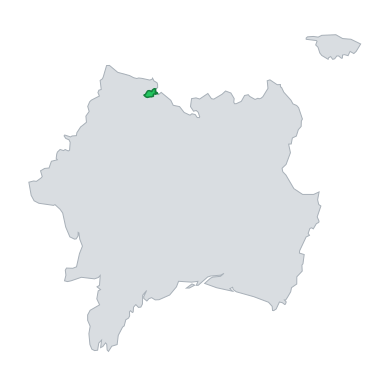 France, with Territoire de Belfort highlighted, rotated 272°
{"feature_id": "FRA-5348", "entity_name": "Territoire de Belfort", "entity_type": "Metropolitan department", "adm_level": 1, "iso_a3": "FRA", "parent_name": "France", "parent_adm1": "", "projection": "albers", "projection_center": [6.973, 47.626], "detail": "fine", "context": "in_parent", "style": "filled", "palette": "green", "viewbox_px": 384, "rotation_deg": 272, "n_neighbors": 0, "source": "natural_earth", "source_scale": "10m", "svg_char_len": 4531}
<svg xmlns="http://www.w3.org/2000/svg" viewBox="0 0 384 384"><g transform="rotate(272 192 192)"><path d="M304.4,148.6L301.7,150.1L300.0,153.2L298.2,153.9L295.1,154.0L293.5,152.1L289.8,153.3L288.2,155.3L290.5,157.7L282.9,167.6L278.0,170.2L276.9,176.6L271.2,181.4L269.0,186.5L268.8,187.5L270.2,189.2L269.5,192.5L266.6,194.6L266.6,196.7L267.4,197.1L271.9,195.4L273.6,193.4L272.8,190.7L277.3,187.5L285.3,188.3L286.2,192.7L285.2,196.4L291.0,204.4L285.9,208.2L285.6,210.6L290.8,218.7L294.1,222.0L292.3,227.4L286.8,230.9L283.2,230.6L281.7,231.5L281.8,233.1L284.3,238.1L290.3,241.2L291.2,244.9L289.6,246.2L286.7,251.8L288.0,254.6L287.5,255.8L288.1,257.7L289.7,259.5L298.2,264.3L305.8,263.3L306.8,266.0L302.2,273.4L302.5,276.6L300.1,276.7L299.7,277.8L294.9,280.3L287.2,287.7L283.6,289.8L282.1,293.6L280.0,295.6L268.8,299.8L266.7,298.8L261.3,298.8L258.0,296.1L251.5,294.3L249.5,290.4L243.5,289.5L243.2,286.9L234.7,289.0L222.9,285.1L218.9,281.2L215.4,282.0L212.2,285.3L198.9,293.7L193.4,302.7L193.8,313.6L196.5,319.0L188.6,317.8L183.9,319.1L182.5,321.3L171.5,318.0L167.2,320.0L166.0,319.7L164.7,317.4L159.4,314.5L160.4,312.7L159.7,311.1L154.7,309.5L152.8,310.9L151.0,307.6L137.0,301.6L134.7,301.5L133.4,306.3L124.1,305.4L122.8,304.4L116.8,304.9L110.9,299.7L103.7,299.9L99.9,294.8L95.7,294.1L90.1,291.1L87.5,289.5L87.3,288.1L85.4,290.0L83.2,289.3L82.8,288.6L84.5,286.2L85.1,283.2L78.0,280.2L76.3,277.8L76.4,276.6L80.5,276.1L84.5,272.3L89.5,257.5L93.8,239.8L95.9,236.6L98.2,235.9L96.7,233.2L94.2,236.2L97.2,219.9L101.1,207.8L106.5,213.5L107.7,215.8L108.7,223.4L111.8,226.8L109.9,223.6L108.7,213.6L107.6,210.6L99.0,201.5L98.9,199.6L102.9,201.0L101.9,194.7L102.3,181.7L96.7,179.8L88.3,173.3L83.2,162.8L82.9,159.0L85.0,155.3L83.9,152.7L81.5,150.7L83.9,147.6L85.7,147.4L92.0,150.1L87.1,146.3L78.4,146.4L75.2,144.9L74.8,142.5L77.5,139.8L74.9,137.6L70.0,137.4L69.5,136.6L71.2,134.6L70.1,133.7L66.0,134.0L63.8,133.0L62.0,130.3L55.8,128.9L54.5,127.3L46.1,123.3L36.9,122.5L35.1,117.2L29.8,114.1L31.2,112.7L36.9,112.1L38.2,110.9L34.5,108.3L33.3,106.1L40.8,106.8L37.8,104.1L30.6,103.2L30.1,100.2L31.4,97.4L36.0,95.3L46.8,93.9L54.3,94.9L60.1,92.2L65.5,92.0L70.2,94.3L76.0,103.6L81.9,100.6L89.9,101.7L91.3,104.0L93.9,100.4L95.5,102.8L105.4,103.2L103.3,101.4L101.8,97.6L102.9,84.4L99.0,74.2L98.1,70.6L98.8,67.7L104.5,68.9L109.4,68.1L111.6,69.2L111.6,75.5L113.2,79.2L126.5,81.7L134.1,84.4L140.9,81.5L147.2,80.4L147.7,79.6L144.2,79.7L141.1,77.9L140.8,76.2L142.9,71.5L152.6,67.0L166.5,63.5L170.2,60.7L174.6,55.5L173.8,54.1L175.4,39.3L177.7,34.5L183.0,31.4L196.1,28.6L197.5,33.4L197.2,36.1L200.5,40.4L202.1,41.8L207.9,39.9L210.4,43.9L211.0,48.3L217.8,50.4L219.5,56.3L220.8,55.1L225.2,55.5L227.2,56.1L229.9,58.7L228.9,62.1L230.0,63.8L228.7,66.9L229.5,68.2L237.5,68.5L239.9,67.2L241.1,64.0L243.6,62.2L244.5,62.8L242.8,68.7L243.8,70.2L244.3,74.5L247.3,74.9L253.1,78.4L258.0,84.1L264.1,83.3L268.9,86.4L273.9,84.8L278.6,86.6L280.3,88.2L284.7,96.1L288.1,94.5L290.5,95.4L291.3,97.7L300.3,96.3L302.0,98.5L303.9,99.3L315.4,102.2L315.6,105.1L309.0,113.6L306.2,125.5L304.2,129.7L303.5,132.8L304.1,134.8L303.8,138.1L302.4,145.8L303.2,148.1L304.4,148.6ZM351.7,307.8L351.2,312.7L353.1,316.2L354.2,330.3L350.6,337.2L350.2,345.5L345.8,355.4L338.3,351.2L336.0,348.9L338.0,345.1L333.7,343.2L334.6,339.5L334.1,337.7L331.1,337.6L330.9,336.6L333.1,333.8L333.0,332.0L330.1,329.9L329.5,328.0L332.2,325.8L330.9,323.8L329.4,323.4L333.0,316.9L335.4,314.9L341.0,312.9L343.3,310.5L347.0,311.7L347.7,311.0L348.6,300.8L349.8,300.7L351.1,302.0L351.7,307.8ZM100.1,195.2L99.0,198.0L95.9,192.6L95.8,189.8L100.1,195.2Z" fill="#d9dde1" stroke="#a8b0b8" stroke-width="1"/><path d="M291.7,152.0L291.1,152.0L290.9,151.8L290.7,151.7L290.5,151.8L290.3,152.0L289.9,152.1L289.9,152.5L290.2,152.9L290.3,153.3L290.1,153.6L289.8,153.9L289.4,154.1L289.1,154.2L289.0,153.4L288.5,152.2L288.5,151.8L288.7,151.0L288.6,150.6L288.4,150.2L288.1,150.0L287.6,150.0L287.0,150.1L286.5,150.1L286.1,149.6L286.2,149.2L286.1,148.9L285.9,148.7L285.7,148.2L285.7,146.9L285.6,146.5L285.1,144.5L285.0,144.2L285.2,143.2L285.6,142.3L286.8,140.9L286.9,141.0L287.5,141.0L287.5,141.6L287.7,141.8L287.8,142.0L291.0,143.8L291.4,144.2L291.6,144.5L291.7,144.9L291.8,145.7L291.8,145.9L291.8,146.1L291.7,146.4L291.7,146.6L291.6,146.8L291.5,147.0L291.1,147.6L291.0,147.9L291.0,148.2L291.1,148.4L291.3,148.5L291.5,148.5L292.0,148.5L292.3,148.7L293.5,150.0L293.7,150.4L293.8,150.6L293.9,150.9L293.9,151.1L293.9,151.3L293.8,151.7L293.7,152.1L293.4,152.0L292.8,151.8L291.7,152.0Z" fill="#22c55e" stroke="#15803d" stroke-width="1.5"/></g></svg>